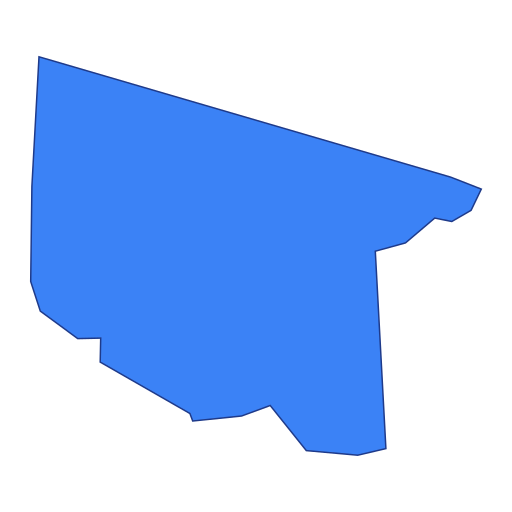 outline of Nottoway, Virginia, United States of America
{"feature_id": "52423323B59431462961451", "entity_name": "Nottoway", "entity_type": "district", "adm_level": 2, "iso_a3": "USA", "parent_name": "United States of America", "parent_adm1": "Virginia", "projection": "mercator", "projection_center": [-78.009, 37.14], "detail": "fine", "context": "isolated", "style": "filled", "palette": "blue", "viewbox_px": 512, "rotation_deg": 0, "n_neighbors": 0, "source": "geoboundaries", "source_scale": "gbopen_adm2", "svg_char_len": 390}
<svg xmlns="http://www.w3.org/2000/svg" viewBox="0 0 512 512"><path d="M385.9,448.6L375.3,251.2L405.5,242.9L434.7,218.1L451.8,221.5L471.1,210.3L481.3,189.1L450.6,177.1L39.0,56.8L31.9,186.2L30.7,281.5L40.3,311.1L77.7,338.6L100.7,338.1L100.2,362.1L189.9,413.5L192.7,421.0L241.6,416.0L270.2,405.5L306.3,450.6L357.7,455.2L385.9,448.6Z" fill="#3b82f6" stroke="#1e3a8a" stroke-width="1.5"/></svg>